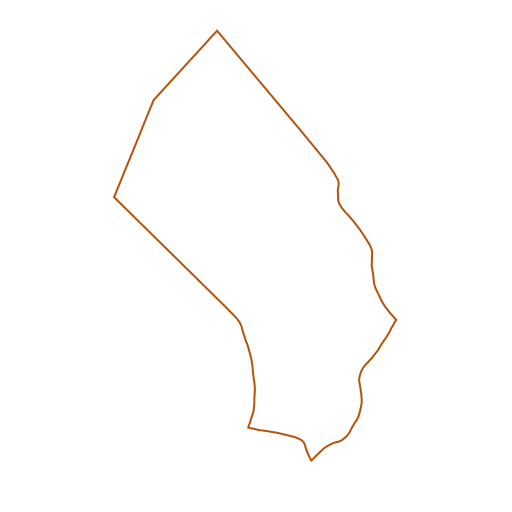 the district of Al Qaff, Hadramawt, Yemen, rotated 319°
{"feature_id": "15242507B27832262197062", "entity_name": "Al Qaff", "entity_type": "district", "adm_level": 2, "iso_a3": "YEM", "parent_name": "Yemen", "parent_adm1": "Hadramawt", "projection": "albers", "projection_center": [48.909, 17.431], "detail": "fine", "context": "isolated", "style": "outline", "palette": "amber", "viewbox_px": 512, "rotation_deg": 319, "n_neighbors": 0, "source": "geoboundaries", "source_scale": "gbopen_adm2", "svg_char_len": 6090}
<svg xmlns="http://www.w3.org/2000/svg" viewBox="0 0 512 512"><g transform="rotate(319 256 256)"><path d="M374.4,60.5L365.0,61.5L353.4,62.9L340.9,64.3L328.7,65.7L316.8,67.1L304.8,68.4L293.1,69.8L281.0,71.2L270.0,76.7L263.7,79.9L256.8,83.4L246.6,88.6L239.5,92.2L232.6,95.7L221.9,101.1L215.3,104.4L208.4,107.9L198.0,113.2L187.5,118.5L189.6,145.5L195.8,224.9L196.8,236.8L196.7,236.8L199.4,271.4L200.1,282.3L200.2,283.4L200.3,284.5L200.3,285.5L200.4,286.8L200.5,287.9L200.5,289.0L200.4,292.1L200.3,293.3L200.2,294.3L200.0,295.8L199.7,296.9L199.4,297.9L199.1,298.9L198.7,300.0L198.3,300.9L197.8,302.0L197.2,302.9L196.6,304.1L196.0,305.5L195.5,306.5L195.1,307.6L194.5,309.1L194.0,310.3L193.6,311.3L193.1,312.3L192.7,313.3L192.3,314.4L191.9,315.6L191.6,316.6L191.2,317.6L190.7,318.8L190.2,319.9L190.1,320.1L189.6,321.2L189.1,322.1L188.6,323.0L188.2,324.1L187.6,325.2L186.5,327.4L186.1,328.3L185.5,329.3L185.0,330.4L184.3,331.6L183.7,332.6L183.1,333.6L182.5,334.5L181.9,335.5L181.2,336.5L180.4,337.7L180.0,338.2L179.6,338.8L178.9,339.8L178.2,340.7L177.5,341.6L176.9,342.5L176.1,343.7L175.5,344.6L174.9,345.5L174.7,345.8L174.0,346.9L173.4,347.8L173.2,348.0L172.5,349.1L171.9,350.2L171.1,351.4L170.4,352.4L169.6,353.4L168.9,354.3L168.2,355.2L167.5,356.1L166.8,356.8L166.0,357.7L165.2,358.5L164.3,359.4L163.5,360.2L162.6,361.1L161.8,361.9L161.0,362.8L160.2,363.7L159.4,364.6L158.8,365.4L158.0,366.2L157.0,367.1L155.2,368.9L154.4,369.6L153.6,370.3L152.7,371.1L151.8,371.9L150.9,372.5L150.4,372.7L150.0,373.0L149.1,373.5L148.1,374.0L147.3,374.5L145.2,375.8L143.1,377.2L142.1,377.8L141.2,378.3L140.2,378.8L139.3,379.3L138.1,380.0L137.6,380.4L137.9,380.9L138.7,382.0L139.5,383.1L140.5,384.3L141.2,385.3L142.0,386.4L143.2,388.1L143.9,389.0L144.0,389.1L144.7,390.1L145.5,391.0L146.4,391.8L147.1,392.7L148.1,393.8L150.4,396.5L151.1,397.4L151.9,398.4L152.2,398.8L152.6,399.2L153.2,400.0L154.1,401.1L154.9,402.0L155.7,402.9L156.5,404.1L157.1,404.9L157.3,405.2L157.8,405.8L158.5,406.9L159.3,408.1L159.9,408.9L160.6,409.8L161.4,410.8L162.0,411.7L162.7,412.7L163.3,413.7L164.0,414.7L164.6,415.6L165.3,416.4L166.1,417.5L166.7,418.6L167.0,419.1L167.3,419.7L167.9,420.9L168.5,422.2L168.9,423.2L169.3,424.2L169.6,425.2L169.7,426.5L169.7,427.7L169.6,428.9L169.1,430.0L168.8,430.9L168.4,431.9L167.9,432.9L167.4,434.0L166.9,435.3L166.5,436.3L166.2,437.2L166.1,437.6L165.7,438.7L165.3,439.7L165.0,440.7L164.7,441.7L164.4,442.9L164.0,444.1L163.8,445.3L163.5,446.4L163.5,446.6L163.9,446.6L165.1,446.6L166.6,446.5L167.6,446.4L169.1,446.3L170.4,446.2L171.8,446.1L173.0,446.1L174.0,446.0L175.2,446.0L176.4,445.9L177.4,445.9L178.4,445.9L179.6,445.8L180.9,445.8L181.9,445.8L182.8,445.9L184.0,446.1L185.1,446.3L186.3,446.5L187.3,446.8L188.6,447.0L189.6,447.3L190.6,447.6L191.8,448.0L193.0,448.4L193.9,449.0L194.9,449.4L195.8,449.9L196.7,450.4L197.8,450.8L198.8,451.1L199.9,451.3L201.0,451.4L202.4,451.5L204.9,451.5L205.9,451.5L206.9,451.4L208.3,451.1L208.7,451.0L209.4,450.9L210.4,450.6L211.4,450.2L212.7,449.7L213.6,449.4L214.6,449.0L215.5,448.6L216.7,448.1L217.8,447.8L218.8,447.5L219.8,447.1L220.7,446.8L222.0,446.4L223.2,446.2L224.6,445.8L225.5,445.4L226.6,445.0L227.8,444.4L228.9,443.8L229.9,443.1L231.0,442.4L231.9,441.8L232.9,441.2L233.8,440.6L235.0,439.6L235.5,439.2L235.9,438.9L236.6,438.4L236.8,438.2L237.7,437.6L238.5,436.9L239.4,436.1L240.3,435.1L241.2,434.1L241.9,433.3L242.6,432.3L243.2,431.5L243.9,430.7L244.6,429.7L245.4,428.4L246.1,427.3L247.1,425.8L247.9,424.4L248.8,423.2L249.3,422.3L249.9,421.2L250.6,420.1L251.3,418.9L251.8,418.2L252.1,417.8L253.0,416.7L253.8,415.9L254.7,415.2L255.8,414.5L256.7,413.9L258.0,413.1L258.9,412.5L259.8,412.2L260.8,411.6L261.8,411.2L262.8,410.9L263.5,410.7L263.8,410.6L264.9,410.4L265.9,410.2L267.2,410.0L268.4,409.9L269.5,409.8L270.6,409.6L271.4,409.6L272.1,409.5L273.4,409.3L274.5,409.2L275.7,409.1L276.7,408.9L277.8,408.8L278.8,408.6L279.8,408.4L281.2,408.1L282.3,407.9L283.4,407.7L283.7,407.6L284.4,407.5L285.5,407.3L286.7,406.9L287.8,406.6L289.2,406.1L290.5,405.7L291.9,405.2L293.3,404.8L294.8,404.4L296.3,404.0L297.8,403.6L298.8,403.4L300.1,403.1L301.2,402.8L302.4,402.4L303.6,402.0L304.6,401.7L305.6,401.3L306.6,401.0L307.7,400.6L308.8,400.1L309.1,399.9L309.7,399.7L311.0,399.1L313.1,398.5L314.0,398.2L315.2,397.8L316.4,397.3L317.8,396.8L318.8,396.5L319.9,396.2L319.9,395.1L319.9,394.1L319.9,393.4L319.9,392.7L319.9,391.4L319.8,390.1L319.8,388.8L319.8,387.7L319.8,386.7L319.9,384.5L320.0,383.4L320.0,382.3L320.1,381.1L320.1,379.9L320.2,378.7L320.4,377.6L320.6,376.5L320.7,376.0L320.8,375.5L321.0,374.1L321.2,372.9L321.5,371.8L321.7,370.7L322.1,369.7L322.4,368.5L322.6,367.7L322.7,367.4L323.1,366.3L323.4,365.2L323.7,364.1L323.9,363.1L324.2,362.0L324.5,361.0L324.8,359.8L325.1,358.7L325.5,357.8L325.9,356.7L326.4,355.7L327.4,353.8L328.1,352.8L328.8,351.7L329.0,351.4L329.4,350.8L331.5,348.0L332.1,347.1L332.8,346.1L333.4,345.1L333.9,344.1L334.5,343.3L335.0,342.3L335.6,341.4L336.3,340.2L336.9,339.4L337.5,338.6L338.5,337.6L339.4,336.6L340.2,335.9L340.6,335.4L341.4,334.5L342.6,333.1L343.6,332.0L344.6,331.0L345.4,330.1L346.2,329.2L346.8,328.3L347.4,327.2L347.9,326.1L348.3,325.1L348.6,324.0L348.9,322.9L349.1,321.8L349.4,320.5L349.5,319.6L349.6,319.3L349.8,318.3L349.9,317.3L350.1,316.3L350.3,314.9L350.5,313.7L350.7,312.6L350.8,311.5L350.9,310.4L351.1,309.2L351.3,308.0L351.4,306.9L351.7,304.4L351.8,303.2L351.8,302.1L351.9,301.0L352.0,299.8L352.1,298.7L352.1,298.4L352.1,297.5L352.2,296.5L352.3,295.3L352.4,294.2L352.4,291.7L352.4,289.1L352.4,287.8L352.4,286.5L352.4,285.4L352.3,284.1L352.2,283.0L352.2,281.7L352.2,279.4L352.3,278.2L352.3,276.9L352.4,275.7L352.6,274.3L352.8,273.1L353.0,272.1L353.2,271.0L353.6,270.0L354.1,268.9L354.6,268.0L355.2,267.1L355.9,266.3L356.7,265.4L357.5,264.5L358.4,263.4L359.0,262.4L359.7,261.4L360.4,260.6L361.1,259.9L361.3,259.7L362.0,259.0L362.7,258.4L362.8,258.3L363.6,257.7L364.5,257.0L365.9,255.5L366.6,254.7L367.3,253.6L367.7,252.7L368.0,251.4L368.2,250.3L368.4,249.1L368.5,248.6L368.6,248.0L368.8,247.2L368.9,246.9L369.2,245.9L370.9,232.0L372.1,188.4L372.6,160.0L374.4,60.5Z" fill="none" stroke="#b45309" stroke-width="2"/></g></svg>